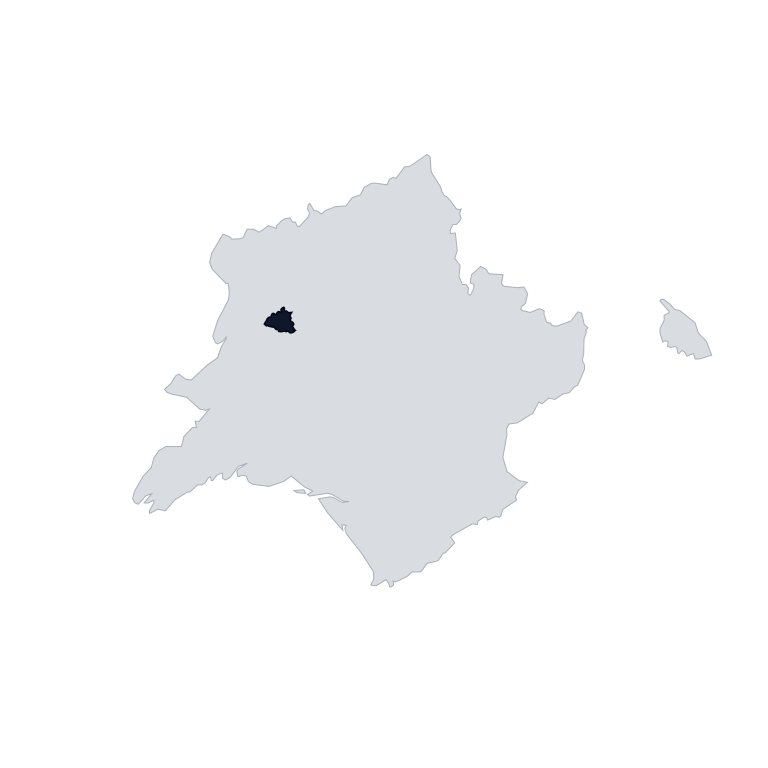 Yvelines highlighted on a map of France, rotated 313°
{"feature_id": "FRA-5357", "entity_name": "Yvelines", "entity_type": "Metropolitan department", "adm_level": 1, "iso_a3": "FRA", "parent_name": "France", "parent_adm1": "", "projection": "natural_earth1", "projection_center": [1.792, 48.763], "detail": "fine", "context": "in_parent", "style": "filled", "palette": "ink", "viewbox_px": 768, "rotation_deg": 313, "n_neighbors": 0, "source": "natural_earth", "source_scale": "10m", "svg_char_len": 5371}
<svg xmlns="http://www.w3.org/2000/svg" viewBox="0 0 768 768"><g transform="rotate(313 384 384)"><path d="M564.6,321.0L560.3,323.0L557.8,327.2L555.1,328.2L550.1,328.2L547.7,325.6L541.8,327.3L539.4,330.0L543.1,333.2L531.5,346.6L524.1,350.1L522.6,358.8L513.9,365.4L510.7,372.3L510.4,373.7L512.7,375.9L511.8,380.4L507.4,383.3L507.5,386.2L508.7,386.6L515.6,384.3L518.2,381.6L516.7,378.0L523.6,373.5L536.0,374.6L537.5,380.6L536.1,385.6L545.2,396.4L537.5,401.5L537.1,404.8L545.3,415.8L550.4,420.3L547.9,427.6L539.5,432.4L534.1,432.0L531.8,433.2L532.1,435.4L536.0,442.1L545.2,446.4L546.7,451.4L544.2,453.2L540.1,460.8L542.1,464.6L541.4,466.2L542.4,468.8L544.8,471.3L557.6,477.8L569.1,476.6L570.6,480.3L563.8,490.3L564.3,494.8L560.8,494.8L560.2,496.4L553.2,499.7L541.9,509.8L536.6,512.8L534.5,517.9L531.4,520.7L515.1,526.5L511.9,525.2L503.9,525.4L498.9,521.7L489.2,519.4L486.0,514.1L477.1,513.1L476.5,509.5L464.0,512.8L446.3,507.9L440.0,502.7L434.9,504.1L430.4,508.7L411.4,521.0L403.9,533.7L405.4,548.6L409.9,555.9L398.2,554.8L391.3,557.0L389.5,560.1L373.1,556.4L367.0,559.5L365.3,559.3L363.2,556.1L355.1,552.6L356.3,550.2L355.2,548.0L347.6,546.2L345.0,548.4L342.1,544.0L320.9,537.3L317.5,537.4L316.0,544.1L302.4,543.9L300.4,542.7L291.6,544.1L282.3,537.9L271.8,539.1L265.5,532.6L259.3,532.2L250.5,528.9L246.6,527.1L246.1,525.2L243.5,528.1L240.2,527.5L239.5,526.6L241.6,523.0L242.1,518.9L231.2,515.8L228.4,512.8L228.3,511.2L234.2,509.8L239.6,504.1L244.9,483.2L248.8,458.6L251.6,453.9L255.0,452.7L252.3,449.3L248.9,453.7L251.2,431.2L255.3,414.3L264.3,421.2L266.4,424.2L269.0,434.3L274.1,438.5L270.8,434.4L267.7,421.0L265.6,417.2L251.3,406.0L250.8,403.5L257.1,404.8L254.6,396.5L253.4,378.9L244.6,377.2L230.7,369.7L221.1,356.4L220.1,351.4L222.8,346.1L220.6,342.7L216.5,340.4L219.7,335.9L222.6,335.4L232.7,338.0L224.5,333.7L211.1,335.2L205.8,333.7L204.9,330.5L208.6,326.5L204.1,324.0L196.5,324.6L195.6,323.5L197.9,320.6L196.0,319.5L189.7,320.6L186.2,319.7L182.9,316.4L172.8,315.7L170.6,313.8L156.8,310.0L142.2,310.6L138.3,304.0L129.5,300.9L131.3,298.8L140.2,296.8L142.0,295.0L135.6,292.3L133.4,289.6L145.3,289.0L140.0,286.1L128.5,286.3L127.1,282.4L128.7,278.3L135.4,274.7L152.2,270.8L164.3,270.7L173.0,266.1L181.5,264.8L189.4,267.1L200.1,278.5L208.9,273.5L221.8,273.6L224.5,276.4L228.0,271.3L230.8,274.3L246.6,273.3L243.0,271.3L240.0,266.4L239.7,248.6L231.8,235.7L229.9,231.0L230.5,227.1L239.8,227.8L247.7,226.0L251.4,227.2L252.2,235.5L255.4,240.3L277.1,241.8L289.6,244.4L300.1,239.7L310.0,237.6L310.8,236.5L305.1,236.9L299.9,234.9L299.2,232.7L302.0,226.2L317.1,219.0L339.1,213.0L344.8,209.0L351.3,201.7L349.8,199.8L350.8,180.0L354.0,173.5L362.4,168.8L383.7,164.0L386.3,170.3L386.2,173.9L391.9,179.5L394.7,181.2L403.9,178.2L408.4,183.4L409.8,189.2L421.1,191.6L424.4,199.3L426.4,197.6L433.5,197.9L436.8,198.6L441.4,201.9L440.0,206.5L442.0,208.7L440.2,212.9L441.6,214.7L454.4,214.7L458.3,212.8L460.0,208.6L463.9,206.1L465.4,206.9L463.0,214.7L464.8,216.7L465.8,222.4L470.7,222.8L480.3,227.3L488.4,234.8L498.3,233.6L506.2,237.7L514.2,235.5L521.8,237.8L524.5,240.0L531.8,250.5L537.3,248.4L541.2,249.6L542.5,252.6L557.0,250.9L559.7,253.8L562.7,254.9L581.2,258.9L581.5,262.8L571.2,274.0L567.0,290.0L564.0,295.6L562.9,299.7L563.8,302.5L563.4,306.9L561.4,317.3L562.8,320.4L564.6,321.0ZM637.5,538.8L636.7,545.5L639.5,550.4L640.9,569.7L635.7,579.1L635.1,590.5L628.6,604.0L617.8,597.9L614.5,594.6L617.3,589.4L611.0,586.7L612.4,581.7L611.7,579.1L607.3,578.9L607.0,577.6L610.1,573.7L610.0,571.3L605.8,568.3L605.0,565.7L608.9,562.7L607.0,559.9L604.8,559.3L609.9,550.5L613.5,547.8L621.8,545.4L625.1,542.1L630.6,543.8L631.5,543.0L632.9,529.1L634.8,528.9L636.6,530.7L637.5,538.8ZM252.0,397.4L250.7,401.4L245.2,394.5L244.6,390.8L252.0,397.4Z" fill="#d9dde1" stroke="#a8b0b8" stroke-width="1"/><path d="M352.2,254.0L353.3,254.2L354.1,254.3L354.9,254.6L355.2,255.6L355.8,255.6L357.9,254.6L358.6,254.4L359.3,254.4L359.9,254.7L360.3,254.9L360.4,255.2L360.8,256.9L361.3,257.8L363.4,257.1L364.1,257.1L364.7,257.3L365.2,257.6L365.8,258.6L365.5,259.5L365.8,260.1L366.4,260.2L367.0,259.8L367.7,258.4L368.1,257.9L368.8,257.7L370.6,257.8L371.4,258.1L371.6,258.2L371.8,258.4L371.8,258.8L371.7,259.1L371.6,259.5L371.4,259.7L370.3,260.4L369.8,261.7L369.9,262.8L370.9,262.9L370.9,264.8L371.4,265.9L373.5,267.7L372.9,267.8L369.9,268.6L369.6,268.9L369.3,269.5L369.0,270.8L368.7,271.2L368.3,271.4L367.5,271.5L367.1,271.7L366.6,272.5L366.5,273.3L366.8,275.0L366.8,275.8L366.6,276.6L366.1,277.3L365.6,277.5L364.4,277.5L364.0,277.6L363.7,277.9L362.7,281.9L362.7,282.6L362.4,282.4L361.1,282.6L360.2,282.4L358.5,281.6L358.0,281.2L357.6,280.8L357.2,280.1L357.2,279.8L357.3,279.1L357.2,278.8L357.2,278.5L357.1,278.2L357.0,277.8L356.7,277.3L356.2,277.1L355.6,276.8L355.3,276.5L355.2,276.1L355.1,275.5L354.9,275.1L354.4,274.8L352.7,273.7L352.2,273.2L351.8,272.8L351.5,272.0L351.3,271.7L350.7,271.5L350.6,271.2L350.7,270.7L350.9,270.4L351.4,269.8L351.6,269.5L351.7,269.1L351.6,268.9L350.6,268.4L350.4,268.1L350.3,267.9L350.3,267.4L350.3,267.2L350.3,266.7L350.5,266.0L350.6,265.6L350.6,265.2L350.4,264.6L350.1,264.2L349.6,263.6L347.7,260.4L347.5,259.8L347.5,259.6L347.5,259.2L347.5,258.9L347.3,258.7L347.0,258.7L346.7,258.6L346.4,258.5L346.2,258.3L346.2,258.0L346.3,257.8L346.4,257.4L346.4,257.0L346.3,256.7L346.0,256.1L346.0,255.8L346.3,255.5L350.8,254.6L352.2,254.0Z" fill="#0f172a" stroke="#020617" stroke-width="1.5"/></g></svg>